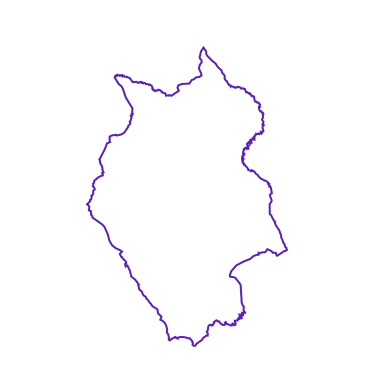 Mueang Nakhon Ratchasima, Nakhon Ratchasima, Thailand, rotated 153°
{"feature_id": "78962969B83988834469907", "entity_name": "Mueang Nakhon Ratchasima", "entity_type": "district", "adm_level": 2, "iso_a3": "THA", "parent_name": "Thailand", "parent_adm1": "Nakhon Ratchasima", "projection": "natural_earth1", "projection_center": [102.052, 14.965], "detail": "fine", "context": "isolated", "style": "outline", "palette": "violet", "viewbox_px": 384, "rotation_deg": 153, "n_neighbors": 0, "source": "geoboundaries", "source_scale": "gbopen_adm2", "svg_char_len": 6015}
<svg xmlns="http://www.w3.org/2000/svg" viewBox="0 0 384 384"><g transform="rotate(153 192 192)"><path d="M279.0,69.7L276.4,70.4L272.7,70.4L272.6,69.4L271.2,67.9L270.8,68.8L267.3,67.7L264.1,65.7L261.7,63.2L260.4,62.8L259.4,58.6L259.9,58.1L259.8,56.8L260.9,55.6L260.2,54.1L259.1,53.5L256.6,54.8L250.7,55.6L247.9,57.0L244.3,57.5L243.3,56.9L242.1,58.8L242.3,60.8L241.0,61.4L238.2,65.1L236.4,65.6L235.4,65.1L235.3,64.1L233.7,64.0L232.5,65.1L231.8,65.2L231.7,66.0L229.2,66.6L228.3,66.5L228.0,65.1L226.9,64.8L226.5,64.2L226.6,63.3L225.9,61.0L225.0,60.1L224.8,59.4L223.4,58.8L222.0,59.5L221.9,60.7L220.9,60.7L220.9,58.5L218.6,56.4L218.4,55.7L217.0,55.0L215.7,56.4L215.2,55.8L215.0,54.2L213.8,53.9L212.8,55.0L212.9,56.7L212.3,57.9L209.8,56.8L208.7,58.2L207.5,57.4L206.7,58.0L205.6,57.0L204.9,57.1L204.8,57.8L206.8,59.0L205.3,60.1L205.4,61.2L204.0,60.5L204.2,59.7L203.0,58.9L202.5,59.1L201.9,60.0L202.8,60.7L202.2,61.7L201.2,60.8L200.6,61.3L199.8,60.2L199.4,60.4L199.8,62.1L199.5,63.9L197.9,66.2L198.2,67.4L198.1,70.5L191.0,86.8L190.9,88.3L192.3,95.6L193.5,97.2L196.3,99.0L196.5,100.1L193.6,103.1L191.8,104.1L185.8,106.5L177.6,106.6L171.9,106.1L171.4,105.8L166.1,107.0L162.9,106.6L161.2,105.9L160.4,107.4L160.1,106.7L157.5,106.6L154.1,105.1L150.8,106.8L148.0,103.3L147.7,101.2L145.0,99.9L145.3,97.2L145.1,96.5L136.6,97.5L135.9,97.1L133.8,97.2L133.3,99.5L133.9,100.4L133.3,104.4L133.8,105.9L133.2,107.5L133.2,110.9L132.4,112.6L131.7,118.2L132.4,124.1L132.2,127.2L131.5,127.7L132.2,130.7L132.0,135.2L132.7,137.1L128.4,145.8L125.2,147.7L124.7,149.1L124.2,153.7L123.2,154.4L121.4,154.7L119.7,160.3L120.7,161.7L119.8,162.1L120.4,164.3L119.7,164.4L120.3,165.3L119.9,165.9L120.4,167.2L124.5,172.5L125.6,175.5L125.7,177.2L126.9,179.5L127.1,181.8L127.7,182.7L128.1,182.7L128.3,183.7L129.7,183.6L129.6,184.6L130.4,184.7L131.9,185.9L131.6,187.4L132.1,190.0L132.8,192.7L133.3,192.8L132.8,193.8L133.5,194.9L133.0,195.2L133.2,196.7L132.5,197.6L132.2,197.4L132.1,198.0L132.6,198.4L132.3,198.9L131.7,199.1L131.6,198.5L131.0,198.3L131.0,199.1L131.7,199.4L131.1,200.0L131.4,200.4L131.1,200.9L129.6,201.7L129.2,201.3L128.8,202.4L128.0,202.2L128.0,202.6L129.0,203.2L127.8,205.1L126.5,205.7L126.4,206.6L125.4,206.4L124.5,207.2L123.4,206.1L123.5,206.8L123.2,206.9L122.4,206.3L123.1,205.4L122.0,205.2L121.8,206.5L120.9,207.1L121.5,207.8L120.7,209.1L121.3,209.4L120.9,210.1L119.1,210.7L118.8,209.9L118.0,209.6L118.3,208.5L117.7,208.9L116.7,208.7L116.4,209.3L117.0,209.5L116.8,210.1L117.4,210.7L116.7,210.9L116.8,211.8L115.7,212.0L115.1,211.3L114.1,211.3L112.8,210.4L112.8,211.0L113.6,211.5L113.5,212.2L112.7,211.8L112.3,212.5L111.8,211.9L111.2,213.3L110.1,213.4L109.9,214.0L108.7,214.2L108.4,214.8L107.5,213.9L106.2,213.6L105.7,212.3L105.6,213.7L103.9,213.0L103.8,212.5L103.0,212.8L103.0,214.3L102.0,213.5L100.6,214.0L99.9,217.5L98.5,218.9L97.8,218.8L97.7,219.7L98.5,220.2L96.5,221.9L96.8,224.6L94.7,226.4L94.2,228.2L93.0,228.9L92.9,230.3L93.4,230.4L93.7,231.3L93.5,232.3L94.5,232.7L94.7,234.7L93.9,237.2L93.1,236.8L92.6,237.2L92.5,238.5L91.7,239.2L92.2,240.5L92.1,241.5L93.4,242.1L93.7,243.4L94.3,243.5L94.8,244.3L93.5,248.8L94.1,249.2L94.1,249.9L95.5,250.7L95.3,252.2L96.1,253.0L95.8,253.4L96.3,253.6L96.2,254.2L97.1,254.9L97.4,255.9L98.5,256.2L98.2,259.7L98.9,260.2L99.1,261.0L100.8,261.5L101.1,262.3L101.4,262.3L101.4,263.1L101.9,263.3L102.4,264.2L103.7,265.0L104.4,264.7L105.7,265.5L105.9,265.2L106.7,265.6L107.2,266.9L108.3,267.6L109.1,269.1L109.5,268.8L109.4,269.4L110.4,270.2L110.3,271.5L110.8,272.4L110.6,274.8L111.3,275.9L111.5,278.2L110.2,280.4L110.4,282.9L111.1,284.5L110.4,287.3L111.3,288.7L112.3,291.9L112.7,295.7L114.6,300.2L116.6,306.5L116.7,308.5L115.6,310.6L116.2,315.4L119.7,313.5L121.9,311.3L122.6,310.0L123.5,309.4L124.4,307.6L123.7,305.2L124.5,303.2L127.3,301.8L129.8,298.8L130.0,293.4L130.7,291.5L133.0,291.2L136.6,292.3L138.8,291.6L141.6,291.9L145.1,289.8L151.6,292.7L155.7,293.3L157.5,291.7L157.8,288.2L166.7,287.1L168.1,288.6L169.0,288.4L169.4,289.0L171.4,289.6L171.0,292.0L173.3,294.0L173.3,295.0L173.7,295.3L173.5,295.8L174.5,297.6L175.6,298.5L176.4,297.9L178.0,298.9L178.7,298.4L179.4,299.0L179.6,300.1L180.2,300.3L180.0,301.4L180.4,301.4L180.6,302.0L179.9,302.5L179.7,304.7L180.8,307.0L181.9,307.1L182.8,308.6L184.0,309.0L184.6,310.6L185.6,311.2L186.2,311.0L186.3,311.5L187.0,311.8L186.9,312.6L187.6,312.5L187.8,313.5L188.6,313.8L189.6,313.4L190.9,314.1L191.3,315.3L194.9,316.7L195.7,321.9L197.8,323.8L197.8,324.3L199.4,325.0L199.9,326.6L200.8,326.9L201.0,327.4L201.6,326.8L202.1,328.3L202.7,328.1L203.5,328.3L203.7,329.0L204.6,329.0L205.4,330.5L206.6,329.8L206.7,330.3L207.7,330.3L208.9,329.2L208.3,321.6L206.9,318.2L206.7,315.8L208.1,306.2L207.1,293.7L209.3,289.7L209.3,288.7L210.4,289.0L210.6,287.4L211.9,287.6L212.0,285.9L214.6,283.1L215.5,283.1L215.8,281.0L219.3,279.5L219.3,279.0L225.1,275.8L228.5,275.3L233.4,276.5L233.9,277.7L234.7,277.6L237.2,278.7L240.2,278.8L242.2,274.8L242.3,273.7L245.7,273.9L250.5,269.5L259.9,262.9L259.6,262.3L260.8,259.1L260.5,256.4L261.1,253.4L261.8,252.4L261.9,249.7L263.4,249.7L263.6,247.6L264.1,247.2L264.9,247.6L268.8,247.6L274.0,246.4L275.1,244.7L276.2,244.5L276.4,243.6L277.8,242.0L277.2,241.1L277.3,238.6L279.4,238.0L281.0,235.1L282.6,234.3L283.3,234.4L283.6,233.2L285.4,231.1L286.4,231.2L287.1,230.0L291.1,228.7L290.3,227.2L290.3,225.2L292.2,222.7L291.7,221.7L291.1,221.6L290.8,220.7L292.2,217.8L291.8,215.5L292.3,214.4L286.8,204.0L285.9,201.0L286.2,193.0L287.7,186.0L287.5,181.7L286.8,179.3L285.4,176.5L282.1,172.2L281.4,170.7L284.5,169.6L284.4,165.8L283.9,165.6L283.7,163.2L282.8,161.3L282.5,159.5L283.0,158.3L284.3,158.3L284.9,155.8L283.6,156.1L282.9,155.9L283.1,150.0L284.5,144.2L282.4,139.7L281.4,133.5L282.2,133.3L283.2,129.1L281.9,125.9L282.2,124.3L282.1,121.8L280.9,119.7L281.1,117.8L280.2,115.6L280.1,113.2L279.3,110.8L279.2,108.4L276.1,103.1L277.4,99.2L275.8,94.9L278.2,92.6L276.8,90.8L275.7,87.9L275.7,84.5L276.5,80.8L277.4,79.8L278.3,77.9L277.8,76.3L278.4,73.6L279.5,71.3L279.0,71.3L279.3,70.2L279.0,69.7Z" fill="none" stroke="#5b21b6" stroke-width="2"/></g></svg>